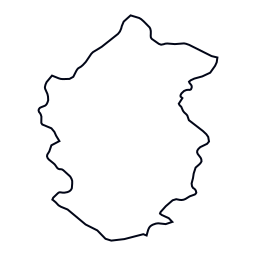 outline of Rapti
{"feature_id": "NPL-373", "entity_name": "Rapti", "entity_type": "Administrative Zone", "adm_level": 1, "iso_a3": "NPL", "parent_name": "Nepal", "parent_adm1": "", "projection": "albers", "projection_center": [82.542, 28.326], "detail": "fine", "context": "isolated", "style": "outline", "palette": "ink", "viewbox_px": 256, "rotation_deg": 0, "n_neighbors": 0, "source": "natural_earth", "source_scale": "10m", "svg_char_len": 2296}
<svg xmlns="http://www.w3.org/2000/svg" viewBox="0 0 256 256"><path d="M146.6,235.5L143.3,234.2L124.3,239.1L111.3,240.6L105.5,238.8L97.3,230.4L85.6,224.5L67.6,209.5L61.0,206.8L58.5,205.3L55.7,202.3L52.6,199.7L52.4,199.6L53.2,197.7L57.9,193.2L58.6,192.7L59.4,192.3L60.2,192.3L63.0,192.7L64.3,192.7L67.5,192.1L69.1,191.4L70.0,190.8L70.9,189.9L71.4,189.1L71.8,188.3L71.9,187.4L72.2,183.7L72.2,180.9L71.5,178.8L70.2,176.5L63.4,170.3L62.2,169.5L60.8,169.2L59.6,169.2L58.3,168.8L57.2,167.9L54.8,164.5L53.5,163.3L48.8,159.5L47.6,158.0L47.0,156.2L47.3,154.6L49.3,151.4L51.4,145.3L59.4,141.1L56.1,135.7L54.4,131.9L51.4,128.3L42.3,124.5L41.3,122.9L41.4,116.6L40.8,114.6L40.0,113.1L39.1,112.1L38.6,110.6L38.8,109.3L39.8,107.9L41.2,107.2L45.0,105.7L45.7,105.2L46.6,104.2L47.5,102.4L48.2,100.2L48.0,96.5L47.4,93.9L45.1,88.7L44.9,87.2L45.5,84.6L46.6,82.1L52.0,75.6L58.7,78.3L60.7,78.9L62.9,79.1L69.5,78.9L73.3,76.8L76.4,70.7L77.3,69.3L78.2,68.3L80.9,66.7L82.8,65.1L85.8,61.9L91.3,53.8L93.0,52.1L101.7,46.8L118.0,33.9L119.9,31.5L121.2,28.5L121.8,26.1L123.7,21.6L130.6,15.4L139.2,18.0L141.2,19.2L143.7,21.4L149.6,27.4L150.3,28.8L150.8,31.0L150.8,33.6L150.7,35.9L150.9,37.6L151.9,39.0L158.9,43.9L161.1,44.7L163.7,44.2L165.2,43.7L167.2,43.5L174.9,44.1L184.0,43.4L186.1,43.8L189.2,44.9L211.6,56.1L217.4,57.5L216.7,62.3L215.1,65.8L210.2,72.7L202.3,76.4L194.3,78.6L190.7,80.3L189.0,81.7L189.5,82.9L191.2,85.0L191.7,86.1L191.7,87.6L191.0,89.3L189.8,89.9L188.2,89.8L186.4,90.0L184.0,91.0L181.4,93.5L180.5,95.3L180.6,96.6L182.4,98.1L178.8,103.7L179.7,105.4L181.2,106.7L183.0,110.8L184.2,112.4L186.2,114.2L187.3,115.5L188.9,120.2L202.9,131.0L206.3,134.2L208.2,136.9L209.0,141.5L207.1,143.8L200.3,147.1L198.4,148.9L197.3,150.6L197.1,152.2L197.7,153.9L200.6,157.7L201.3,159.3L201.5,161.4L200.7,162.8L199.6,164.1L195.6,167.6L193.7,173.5L193.0,178.1L191.6,183.5L192.0,186.2L193.0,187.9L194.4,188.8L195.4,189.9L195.9,190.9L196.3,192.7L195.6,193.8L194.8,194.5L189.8,196.3L185.4,199.0L183.6,199.7L181.7,200.0L179.8,199.9L176.2,199.2L172.6,200.3L165.8,206.2L160.7,211.9L160.3,212.6L160.0,213.6L161.8,215.0L168.8,218.2L172.3,221.9L165.7,224.1L158.2,223.3L155.9,223.6L153.0,224.6L151.5,225.4L150.4,226.2L149.6,227.1L148.9,228.2L148.1,230.1L147.0,234.0L146.6,235.5L146.6,235.5Z" fill="none" stroke="#020617" stroke-width="2"/></svg>